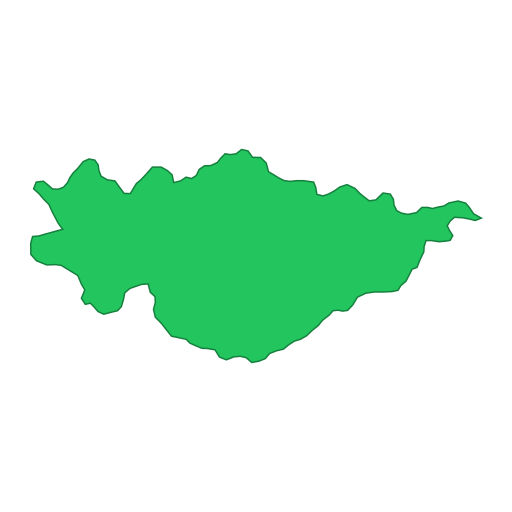 the district of Munhoz, Minas Gerais, Brazil
{"feature_id": "56859067B13523271218385", "entity_name": "Munhoz", "entity_type": "district", "adm_level": 2, "iso_a3": "BRA", "parent_name": "Brazil", "parent_adm1": "Minas Gerais", "projection": "mercator", "projection_center": [-46.3, -22.635], "detail": "fine", "context": "isolated", "style": "filled", "palette": "green", "viewbox_px": 512, "rotation_deg": 0, "n_neighbors": 0, "source": "geoboundaries", "source_scale": "gbopen_adm2", "svg_char_len": 2348}
<svg xmlns="http://www.w3.org/2000/svg" viewBox="0 0 512 512"><path d="M36.2,182.1L33.6,188.8L39.2,193.9L43.8,199.3L48.8,204.3L52.3,212.0L58.3,223.4L62.7,229.3L45.9,233.9L38.7,236.0L32.6,236.5L30.7,243.5L30.9,254.5L36.5,260.8L46.7,264.9L55.7,264.6L61.3,265.4L77.8,275.5L81.3,283.9L84.8,289.9L81.4,298.3L85.3,304.3L90.4,303.2L94.1,307.0L98.1,311.6L103.7,314.2L110.6,312.4L117.6,310.7L121.3,306.7L123.4,299.8L124.7,292.9L129.8,288.5L134.5,286.8L141.5,284.4L148.1,283.9L150.3,292.3L155.0,296.6L155.3,302.6L153.5,309.3L155.3,317.1L161.7,323.7L166.2,329.5L171.5,336.2L179.3,337.8L186.2,339.3L189.9,343.1L196.1,345.9L201.9,348.3L207.3,348.5L215.0,349.8L219.6,357.2L226.4,359.8L234.1,356.8L240.3,356.3L246.3,357.7L251.7,362.5L258.9,361.2L265.3,358.6L269.6,353.5L276.2,350.9L283.5,349.1L288.7,344.8L294.6,341.0L300.4,339.3L306.5,335.8L312.2,330.4L318.3,325.5L322.6,320.2L329.3,315.0L333.0,310.7L338.0,310.2L342.7,311.1L347.6,310.4L352.7,305.0L357.5,297.1L365.8,293.2L374.2,292.0L382.2,292.0L391.8,291.6L398.0,290.3L400.9,285.5L405.9,281.3L409.2,274.9L412.1,269.2L417.0,267.4L420.1,259.6L423.8,251.9L424.1,246.6L426.0,240.6L431.8,240.6L438.9,241.7L445.1,241.2L450.1,240.4L452.8,235.6L449.6,230.6L447.2,225.8L450.1,221.2L454.4,217.3L462.9,217.8L470.1,219.2L475.2,220.5L481.3,218.1L473.6,213.8L469.3,207.4L465.6,203.1L458.1,201.0L448.8,203.0L444.0,206.0L437.9,207.1L432.5,208.5L427.5,207.4L421.9,207.4L416.5,212.6L407.8,214.4L401.4,213.1L396.8,210.7L394.0,205.1L393.4,199.3L390.3,194.1L383.0,193.0L375.9,199.9L369.2,200.8L363.8,196.7L359.7,193.3L355.0,188.4L347.0,184.6L339.9,187.0L334.2,191.0L328.4,194.1L323.0,195.9L316.9,194.4L315.7,187.3L313.6,182.1L308.7,181.4L303.7,180.7L296.7,180.7L289.8,181.4L283.9,180.5L278.9,178.0L274.4,175.2L268.5,171.7L266.2,163.0L260.6,157.5L252.5,157.3L248.0,150.9L241.6,149.5L236.1,153.8L230.4,154.6L225.1,153.8L220.8,158.1L217.4,162.5L210.7,165.6L204.5,165.8L199.2,169.4L196.3,175.5L191.6,178.5L186.0,177.2L180.6,180.9L173.7,182.6L172.1,174.8L167.3,170.5L161.2,167.1L152.4,167.1L145.8,174.6L140.9,179.8L136.4,183.5L133.2,188.8L130.3,193.6L124.1,193.4L119.1,186.7L114.9,180.9L107.2,179.8L101.0,176.1L98.9,170.4L98.1,164.8L94.8,160.1L89.0,159.0L83.2,161.6L77.5,168.7L73.3,172.8L70.0,177.4L67.5,182.7L63.4,187.3L58.3,189.2L52.5,189.0L48.3,185.2L43.3,181.2L36.2,182.1Z" fill="#22c55e" stroke="#15803d" stroke-width="1.5"/></svg>